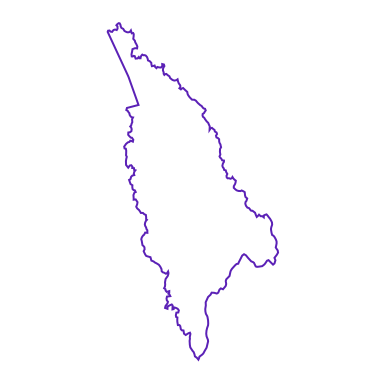 Colinas do Sul, Goiás, Brazil (Equal Earth projection), rotated 181°
{"feature_id": "56859067B84500730879893", "entity_name": "Colinas do Sul", "entity_type": "district", "adm_level": 2, "iso_a3": "BRA", "parent_name": "Brazil", "parent_adm1": "Goiás", "projection": "equal_earth", "projection_center": [-48.067, -13.991], "detail": "fine", "context": "isolated", "style": "outline", "palette": "violet", "viewbox_px": 384, "rotation_deg": 181, "n_neighbors": 0, "source": "geoboundaries", "source_scale": "gbopen_adm2", "svg_char_len": 5835}
<svg xmlns="http://www.w3.org/2000/svg" viewBox="0 0 384 384"><g transform="rotate(181 192 192)"><path d="M258.5,274.9L259.1,272.8L257.6,271.9L256.9,270.7L256.0,269.7L255.7,268.1L254.6,266.4L253.6,265.7L252.3,265.5L253.2,263.7L252.9,260.8L253.6,259.2L253.9,257.7L254.9,256.4L254.0,255.6L253.4,253.8L253.7,251.7L255.0,250.7L256.7,250.4L256.8,248.1L255.6,246.7L254.1,245.3L253.0,245.2L252.3,244.2L251.6,243.2L252.0,241.3L253.3,241.9L254.6,242.2L255.4,241.0L257.0,240.5L258.8,238.9L260.6,236.2L260.2,234.4L258.9,234.1L258.5,232.2L258.5,229.3L258.6,227.6L257.8,226.0L258.3,224.0L258.6,221.7L258.4,217.9L256.2,215.2L254.6,217.4L253.2,217.7L252.0,216.3L252.2,215.0L250.4,214.8L250.2,213.0L249.0,212.7L250.0,211.4L250.5,209.3L250.0,207.9L251.9,207.4L253.1,206.2L253.8,203.7L255.1,203.0L253.6,198.9L251.7,197.7L251.8,196.0L251.4,193.8L250.5,193.0L249.1,192.6L248.3,191.0L249.5,190.5L250.5,187.9L250.2,184.6L250.2,183.3L248.2,183.6L246.3,180.9L246.6,178.8L247.5,176.3L246.5,174.6L244.7,173.1L243.6,171.6L242.8,170.2L240.7,170.2L239.4,169.0L237.7,168.2L237.4,165.9L237.4,164.0L236.6,163.4L237.6,162.3L238.3,160.6L238.6,158.8L238.2,157.3L237.3,155.8L236.8,154.0L236.0,153.0L235.9,150.4L238.1,150.6L239.1,148.5L240.2,147.6L241.4,145.7L241.9,143.9L241.4,142.2L240.6,138.0L239.5,137.1L238.6,135.9L238.4,133.8L239.3,132.0L238.7,130.7L237.8,128.9L236.7,127.3L235.1,126.8L232.4,126.1L231.4,122.7L229.2,121.9L227.8,120.8L226.1,120.0L223.9,118.7L222.5,116.9L221.2,114.5L220.9,112.2L219.8,111.2L218.4,110.8L216.6,109.8L215.5,110.5L214.5,112.1L214.1,110.6L214.3,109.2L214.8,107.6L216.9,104.5L217.4,101.2L217.2,99.0L217.4,97.0L218.2,95.3L216.9,94.4L216.6,92.9L215.5,91.7L213.0,92.5L213.0,91.1L213.8,89.9L212.8,89.3L211.9,87.5L215.2,87.0L215.6,85.1L215.3,83.3L214.1,81.8L214.6,80.2L216.5,77.5L216.9,75.6L214.5,74.8L214.4,77.1L211.9,78.5L210.3,79.2L209.4,78.2L209.5,74.3L208.3,74.6L207.8,76.3L206.0,75.8L204.3,75.0L203.1,73.4L203.6,71.3L205.5,71.1L206.0,68.5L205.7,66.8L204.4,66.3L204.5,63.9L204.4,62.0L203.8,58.7L202.2,58.7L201.4,57.7L200.8,54.7L199.7,53.5L198.1,53.4L197.5,50.2L195.8,48.9L193.1,50.7L191.6,51.3L191.1,50.1L191.7,46.9L191.5,45.2L191.8,43.1L191.5,39.2L191.0,36.6L188.6,33.1L187.5,31.9L186.7,29.8L186.2,27.7L184.2,26.3L182.7,24.5L182.0,26.1L181.7,27.5L179.1,29.5L177.9,30.7L176.4,33.6L174.7,36.6L173.3,42.9L173.5,44.5L174.9,47.9L175.3,50.5L175.1,53.6L174.5,56.3L173.6,59.0L173.5,61.0L173.7,64.0L174.2,66.6L174.5,67.9L176.0,70.5L176.5,72.7L176.7,75.2L176.2,78.8L176.4,82.0L174.1,87.3L171.7,89.6L170.6,91.7L168.0,91.6L165.4,90.9L164.0,91.8L162.8,94.9L161.5,96.1L159.3,95.3L157.3,97.8L156.6,98.8L156.2,100.6L156.7,103.6L156.2,105.3L153.0,108.7L152.2,112.9L151.8,114.1L150.7,115.9L149.5,117.3L148.2,118.8L147.1,120.0L146.1,120.8L144.5,121.1L144.1,122.3L140.7,129.3L138.9,130.7L136.9,129.6L135.0,127.3L131.6,123.7L129.8,123.0L128.8,122.3L127.0,118.7L125.7,118.3L123.9,118.5L120.5,119.1L118.4,120.8L117.6,121.8L115.8,124.6L114.3,125.2L109.7,120.8L108.3,122.0L107.4,125.2L108.4,127.6L106.1,130.7L104.9,132.9L105.3,135.1L106.4,136.6L107.3,138.0L106.8,140.4L106.5,142.2L106.6,144.1L107.2,145.7L107.8,146.9L108.9,148.7L109.9,149.8L111.1,150.4L111.7,152.4L112.2,154.9L112.4,156.4L112.1,158.2L111.3,160.7L111.5,162.9L112.2,164.4L113.5,166.6L114.7,168.0L115.9,169.6L117.1,170.9L118.4,170.5L119.7,169.8L119.8,167.9L121.2,169.0L122.9,169.0L124.6,170.5L125.4,169.5L126.8,168.2L127.7,170.0L128.6,172.4L130.1,173.5L131.2,174.3L132.5,174.3L133.4,175.2L134.1,176.2L134.9,177.0L136.3,177.3L137.8,179.2L138.5,181.2L138.3,182.9L137.4,184.1L136.7,186.5L138.4,187.9L138.9,189.5L139.3,192.8L140.6,193.6L142.4,194.4L143.4,193.8L145.2,193.8L146.4,194.1L147.5,194.5L148.8,195.5L150.3,196.9L150.3,198.5L149.6,199.8L149.0,200.9L148.6,202.4L148.4,204.1L150.0,205.3L150.9,206.3L151.8,207.7L152.4,206.5L153.7,205.9L155.3,206.4L156.6,206.3L157.5,207.1L157.8,208.7L157.0,210.7L158.1,212.4L158.6,214.2L160.2,214.6L160.7,216.3L161.5,217.1L162.1,218.7L161.6,221.0L160.6,222.7L160.6,224.0L162.4,224.2L163.4,226.0L164.5,226.9L165.1,228.1L164.3,229.9L164.8,232.6L164.7,235.5L163.7,237.3L164.1,238.6L164.4,240.1L165.3,241.5L165.7,242.9L165.8,245.2L166.9,246.3L168.5,247.0L169.0,248.7L168.0,250.4L168.5,251.9L170.2,252.9L170.6,254.5L171.7,255.2L173.2,256.5L174.4,256.1L175.5,254.4L175.4,257.9L176.4,260.0L177.0,261.4L178.6,262.9L180.2,265.0L181.1,266.5L182.3,267.3L182.8,268.6L182.7,270.2L181.4,271.1L180.6,272.5L179.7,273.8L180.4,275.4L181.9,275.8L182.8,276.7L183.9,278.2L185.3,279.0L186.3,279.9L187.4,280.8L188.8,282.3L189.6,283.3L191.3,284.3L193.6,284.3L196.1,286.8L197.5,288.7L198.1,289.9L198.5,292.0L200.6,293.8L202.7,295.8L203.9,295.3L204.9,294.4L206.4,295.5L205.6,296.4L205.5,297.9L206.0,299.0L207.1,300.3L207.9,302.3L208.4,304.4L209.6,303.5L211.7,303.1L213.5,303.7L215.8,305.5L216.6,307.3L217.9,308.1L218.8,308.8L219.7,309.6L220.8,309.4L221.7,308.6L222.4,309.7L222.4,311.1L223.2,313.1L223.1,314.8L222.5,316.3L221.8,317.4L222.3,319.0L224.0,319.4L223.9,317.4L225.2,315.9L227.1,316.0L228.8,316.4L229.7,315.2L231.0,316.3L231.6,317.8L233.0,317.3L234.3,317.1L234.8,318.9L235.0,320.5L236.6,322.1L238.3,322.8L238.6,324.3L239.3,326.1L240.6,327.6L241.7,328.0L243.0,327.9L244.1,328.5L245.0,327.5L245.6,326.2L245.8,324.8L246.9,324.8L247.6,326.0L248.8,324.6L250.7,324.4L251.6,326.8L252.6,327.1L253.5,326.5L254.6,326.5L254.9,328.6L254.3,331.6L254.0,333.8L252.5,334.4L251.4,334.8L249.4,334.6L249.2,336.6L250.1,338.6L251.3,340.6L251.8,342.3L253.4,344.1L253.1,346.4L253.0,348.8L253.6,349.9L255.0,349.6L255.9,352.5L256.9,351.0L258.2,350.6L259.6,350.6L260.7,351.0L262.3,351.8L263.6,353.9L265.4,354.8L266.1,356.2L266.5,358.0L267.3,359.4L268.3,359.5L269.6,358.5L270.5,357.4L269.4,356.3L269.3,354.0L270.1,352.6L271.7,353.1L273.3,352.6L274.7,350.7L276.4,351.0L277.3,352.0L278.7,351.8L279.1,350.6L258.0,307.1L257.3,305.5L247.0,278.1L258.5,274.9Z" fill="none" stroke="#5b21b6" stroke-width="2"/></g></svg>